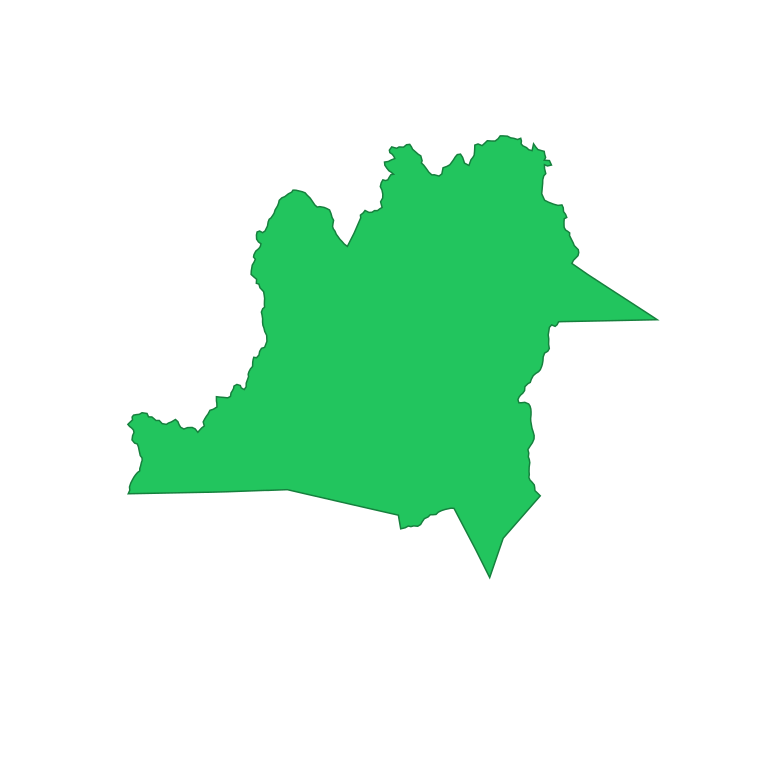 the district of Tamboril, Ceará, Brazil, rotated 249°
{"feature_id": "56859067B35932918243928", "entity_name": "Tamboril", "entity_type": "district", "adm_level": 2, "iso_a3": "BRA", "parent_name": "Brazil", "parent_adm1": "Ceará", "projection": "mercator", "projection_center": [-40.277, -4.889], "detail": "fine", "context": "isolated", "style": "filled", "palette": "green", "viewbox_px": 768, "rotation_deg": 249, "n_neighbors": 0, "source": "geoboundaries", "source_scale": "gbopen_adm2", "svg_char_len": 5235}
<svg xmlns="http://www.w3.org/2000/svg" viewBox="0 0 768 768"><g transform="rotate(249 384 384)"><path d="M443.9,147.8L443.4,144.7L444.2,141.7L444.7,139.0L443.4,137.0L440.6,136.3L439.3,133.1L438.1,130.4L435.5,131.3L433.4,132.6L430.9,133.6L428.3,133.2L425.9,130.8L422.1,128.7L418.2,130.0L416.4,132.2L413.3,132.2L411.0,131.8L407.8,131.3L404.5,130.8L401.8,131.6L399.4,130.9L397.7,129.4L394.7,127.4L392.7,125.8L390.4,124.8L389.7,122.2L388.3,119.6L386.7,117.2L384.7,114.8L382.3,112.1L379.1,109.5L375.9,108.6L373.2,105.9L347.4,177.2L346.2,180.4L343.1,189.1L339.6,199.0L327.5,234.3L326.0,238.3L325.2,240.7L320.0,255.9L311.0,269.2L289.7,300.8L281.3,313.3L256.4,350.4L242.8,347.7L242.2,352.3L242.7,355.8L241.2,358.0L240.9,360.9L239.1,364.5L239.7,367.8L241.7,370.3L243.8,373.4L244.1,377.6L245.4,380.4L244.5,382.6L243.6,385.8L244.9,388.8L245.2,392.4L245.0,396.1L244.6,398.7L244.1,402.0L242.8,404.8L197.0,410.2L165.4,413.3L197.3,440.0L223.6,489.8L227.2,488.2L230.4,486.7L233.4,487.6L235.9,488.1L239.1,487.1L242.2,485.8L245.0,485.8L247.4,487.2L250.2,488.0L254.3,489.7L258.3,491.9L261.6,492.6L264.2,492.6L267.6,494.4L271.2,494.8L273.8,498.3L276.0,501.5L279.0,504.4L282.1,505.7L285.9,506.1L289.7,506.3L292.7,506.9L296.8,507.7L299.4,508.6L302.5,510.2L305.3,511.3L308.0,512.1L311.0,512.4L313.5,511.9L316.4,508.9L317.3,505.4L318.1,503.2L321.4,503.4L323.4,505.4L324.7,507.5L325.7,510.3L327.5,512.9L331.0,514.6L332.7,518.4L333.1,521.1L335.6,523.2L338.3,526.3L339.5,529.6L340.1,532.7L341.3,535.0L343.8,537.4L345.7,538.9L348.7,540.7L352.2,542.3L355.3,545.0L355.9,548.6L357.8,551.0L362.1,551.9L367.1,554.0L371.0,554.9L374.1,556.7L377.6,558.7L379.1,561.7L376.5,564.4L377.3,566.8L379.5,569.3L378.7,571.8L364.6,610.8L346.1,662.1L351.6,658.2L372.4,643.1L393.8,627.5L413.3,613.4L429.2,602.6L431.6,605.2L432.9,608.1L434.3,611.1L436.9,612.9L439.8,613.5L442.3,612.4L445.1,611.2L447.9,611.2L451.9,610.8L456.1,610.4L458.5,611.5L460.7,610.2L462.7,608.7L465.6,608.3L467.8,609.0L470.8,610.1L473.7,611.5L474.0,614.3L477.3,614.3L480.6,613.4L484.3,614.5L487.4,614.3L488.4,610.4L491.0,606.9L494.8,602.7L498.0,599.8L501.3,599.6L505.1,599.4L508.5,601.1L511.6,602.6L514.4,604.0L517.8,605.4L521.1,607.8L522.4,610.4L527.7,611.1L531.3,612.4L529.0,614.7L528.4,618.8L533.3,618.5L535.5,613.8L537.6,616.1L540.7,616.3L543.8,616.9L545.7,614.3L547.7,611.7L550.9,610.6L554.6,609.7L548.8,605.9L550.8,603.1L553.6,601.8L556.7,598.9L559.2,598.1L561.6,599.4L564.4,599.7L564.4,596.3L566.8,593.3L568.5,590.4L571.1,588.1L572.9,584.2L574.0,581.4L572.1,578.5L571.0,574.8L572.3,571.5L574.1,567.6L572.7,564.3L571.4,561.0L574.4,557.8L574.5,554.4L571.4,553.1L568.5,551.8L565.2,550.1L563.6,548.0L562.2,545.6L557.6,541.6L561.4,538.3L564.7,538.5L567.4,538.6L571.2,537.8L571.9,534.6L570.5,532.0L568.1,528.8L565.1,524.1L564.6,520.8L564.7,516.6L559.4,513.3L558.4,509.9L561.2,506.1L562.1,503.6L565.5,501.8L571.0,500.4L574.3,499.4L576.9,498.1L578.8,499.6L583.8,500.1L586.2,498.3L592.9,494.8L595.5,494.6L598.5,493.9L599.3,490.8L598.1,487.1L599.9,483.0L599.5,480.4L600.9,478.4L602.6,476.2L600.4,472.8L597.9,472.4L595.6,474.0L592.9,474.8L590.6,474.9L590.6,471.2L590.2,467.8L591.0,464.0L587.9,463.2L584.4,464.0L581.3,465.0L579.3,466.5L576.4,468.1L576.9,465.4L574.9,462.7L573.2,460.7L573.4,458.2L575.0,456.1L572.8,453.5L569.6,451.3L565.7,451.6L561.6,450.9L558.1,449.4L555.3,446.1L549.5,445.5L549.1,443.1L548.2,440.0L549.3,437.2L548.6,434.4L549.6,431.4L552.8,428.5L551.2,425.9L550.1,422.5L547.4,421.8L535.5,410.1L525.6,399.1L529.0,397.0L532.1,395.9L534.9,394.7L538.4,393.8L540.8,393.1L544.3,393.0L546.9,392.3L549.4,392.4L552.1,393.9L554.9,395.6L558.1,395.2L562.2,395.6L566.0,395.5L568.4,393.4L570.3,391.4L572.6,387.6L573.1,385.1L575.9,383.6L580.2,382.6L584.0,381.7L587.9,379.9L590.7,378.9L592.8,376.6L594.8,373.7L596.5,371.2L597.6,368.5L596.2,366.6L595.8,362.8L594.5,358.6L594.4,355.3L593.0,352.0L590.5,350.3L588.4,348.4L585.5,344.7L582.8,342.6L581.1,340.3L579.6,338.1L578.9,335.8L576.9,334.0L573.2,331.8L571.2,329.6L569.5,327.8L568.8,324.9L571.4,322.7L571.4,320.0L568.8,318.3L564.9,317.0L561.7,317.7L559.0,319.4L556.7,317.8L555.3,315.7L554.0,311.9L551.4,309.0L549.3,307.7L546.6,308.6L544.4,306.4L542.2,303.6L539.3,301.9L537.1,300.6L533.9,299.2L530.1,301.1L527.4,302.6L523.8,300.9L522.1,303.0L518.3,302.7L513.3,304.7L509.5,303.9L506.6,303.2L504.2,302.1L501.3,300.9L498.5,300.0L497.7,297.7L495.1,295.3L492.2,294.9L488.5,294.1L485.3,292.8L482.2,292.0L479.4,292.0L475.9,291.5L471.5,291.9L468.2,290.8L465.8,290.0L463.9,288.3L461.0,285.7L461.2,282.4L459.0,279.6L455.9,277.7L454.2,274.4L455.6,272.0L453.7,270.6L451.5,269.3L447.5,267.6L446.0,264.8L443.8,262.3L441.8,260.7L439.4,260.2L437.2,258.3L434.2,255.7L430.8,254.3L428.9,251.5L431.6,249.3L434.1,249.3L436.3,246.5L435.8,243.2L433.8,242.0L431.9,239.9L430.5,238.0L427.4,236.2L427.1,233.1L429.0,229.4L430.5,226.2L432.2,223.0L428.2,221.5L425.8,221.0L422.4,219.8L421.6,215.6L421.8,212.1L419.0,208.9L417.4,206.4L415.7,204.2L413.4,201.6L409.2,201.2L408.3,198.0L406.9,195.2L405.6,192.9L409.8,191.6L412.2,189.3L413.7,184.9L413.7,181.0L416.6,178.6L419.8,178.1L422.7,178.1L425.6,176.6L424.8,171.9L424.8,168.7L424.3,166.4L426.5,162.7L430.5,161.1L431.7,158.0L434.1,156.8L436.4,155.5L437.7,152.4L441.4,152.2L443.9,147.8Z" fill="#22c55e" stroke="#15803d" stroke-width="1.5"/></g></svg>